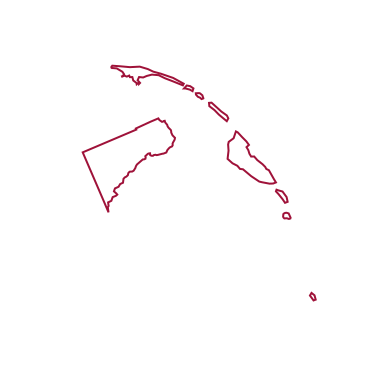 Monroe, United States of America, rotated 247°
{"feature_id": "52423323B83657020181819", "entity_name": "Monroe", "entity_type": "district", "adm_level": 2, "iso_a3": "USA", "parent_name": "United States of America", "parent_adm1": "", "projection": "natural_earth1", "projection_center": [-81.165, 25.16], "detail": "fine", "context": "isolated", "style": "outline", "palette": "rose", "viewbox_px": 384, "rotation_deg": 247, "n_neighbors": 0, "source": "geoboundaries", "source_scale": "gbopen_adm2", "svg_char_len": 2735}
<svg xmlns="http://www.w3.org/2000/svg" viewBox="0 0 384 384"><g transform="rotate(247 192 192)"><path d="M271.2,106.9L219.5,107.2L205.9,107.2L210.8,108.5L211.8,109.8L215.2,110.7L215.4,114.3L218.3,117.0L218.2,120.4L218.8,122.2L220.2,121.8L223.1,120.4L225.4,122.5L225.5,126.4L227.4,129.0L227.5,132.1L230.9,134.1L231.7,135.8L231.8,137.5L232.5,139.5L234.3,140.8L234.9,142.1L235.0,142.7L234.2,145.0L234.4,146.6L236.2,149.2L237.6,150.4L238.8,152.0L241.2,159.4L241.1,159.8L240.8,160.5L240.8,162.1L241.8,162.8L243.2,163.0L244.4,166.3L244.3,167.6L244.0,168.5L242.6,167.9L241.9,168.2L241.0,169.2L240.6,170.3L240.9,171.2L240.6,172.8L239.8,173.8L239.5,174.9L238.8,179.7L238.5,180.7L238.4,183.8L240.2,185.7L241.2,187.7L241.7,189.0L241.8,191.5L242.6,192.5L244.1,193.0L245.0,193.9L246.9,196.4L248.5,197.5L251.8,196.2L254.8,196.1L256.2,196.6L257.4,196.7L260.4,195.5L262.0,195.2L263.5,195.4L266.5,194.5L268.2,194.7L268.4,193.7L268.1,192.8L268.3,191.8L271.0,190.1L272.9,189.8L272.9,181.1L272.4,165.1L271.2,165.1L271.2,125.3L271.2,112.8L271.2,106.9ZM168.1,270.0L168.0,273.0L172.1,272.4L182.0,271.3L184.2,269.4L186.5,269.2L190.0,267.8L195.8,264.6L200.4,263.1L201.5,260.3L204.8,259.8L208.5,260.2L212.0,259.7L213.1,262.8L217.4,261.8L222.9,259.6L229.0,257.4L230.6,256.1L225.2,251.3L223.8,245.4L221.6,243.8L215.8,241.8L208.6,237.7L202.6,240.5L198.4,244.0L194.5,245.2L193.0,247.8L183.4,252.7L175.3,258.0L173.6,260.3L169.4,266.6L168.1,270.0ZM337.4,166.7L337.2,167.2L335.2,171.0L329.9,174.9L326.9,175.5L325.7,173.3L325.8,172.8L325.5,172.8L325.5,175.2L323.7,177.1L323.7,179.7L322.0,179.7L321.1,182.0L317.6,181.5L314.1,183.5L312.8,183.2L313.6,185.8L312.1,185.4L312.7,186.8L316.1,185.6L318.5,188.2L316.5,191.8L316.5,195.7L315.7,201.0L312.6,206.9L307.3,211.5L301.4,217.6L293.7,225.3L294.9,226.7L304.4,219.2L313.1,209.5L317.9,203.4L322.4,199.4L327.8,192.9L331.2,183.6L335.9,174.8L339.4,168.0L339.2,167.7L338.9,166.9L338.3,166.5L337.9,166.4L337.4,166.7ZM243.6,251.7L245.6,254.2L248.8,254.0L254.7,250.4L266.6,244.9L267.4,242.5L264.2,241.5L258.6,244.7L252.7,247.0L248.0,249.4L243.6,251.7ZM145.7,273.4L145.6,276.2L150.4,277.1L157.1,275.5L159.7,272.2L161.1,270.7L159.8,269.5L156.3,270.8L149.9,272.6L145.7,273.4ZM129.3,270.7L129.2,272.2L129.8,272.7L134.5,272.6L135.9,271.0L136.4,269.5L136.2,267.9L135.9,267.4L133.6,266.2L132.5,266.3L131.6,266.7L130.8,269.0L129.3,270.7ZM284.6,231.9L286.8,233.8L290.1,231.7L292.1,228.8L291.0,226.4L290.4,225.1L289.8,226.5L287.1,230.0L284.6,231.9ZM273.7,239.0L273.8,239.1L274.2,239.1L277.0,239.3L279.7,237.9L280.3,237.1L280.6,236.3L281.4,234.1L280.1,233.7L277.4,234.6L275.6,236.3L273.8,237.1L273.7,239.0ZM44.7,261.5L44.6,263.8L49.0,264.4L52.4,262.6L50.6,260.1L46.5,261.1L44.7,261.5Z" fill="none" stroke="#9f1239" stroke-width="2"/></g></svg>